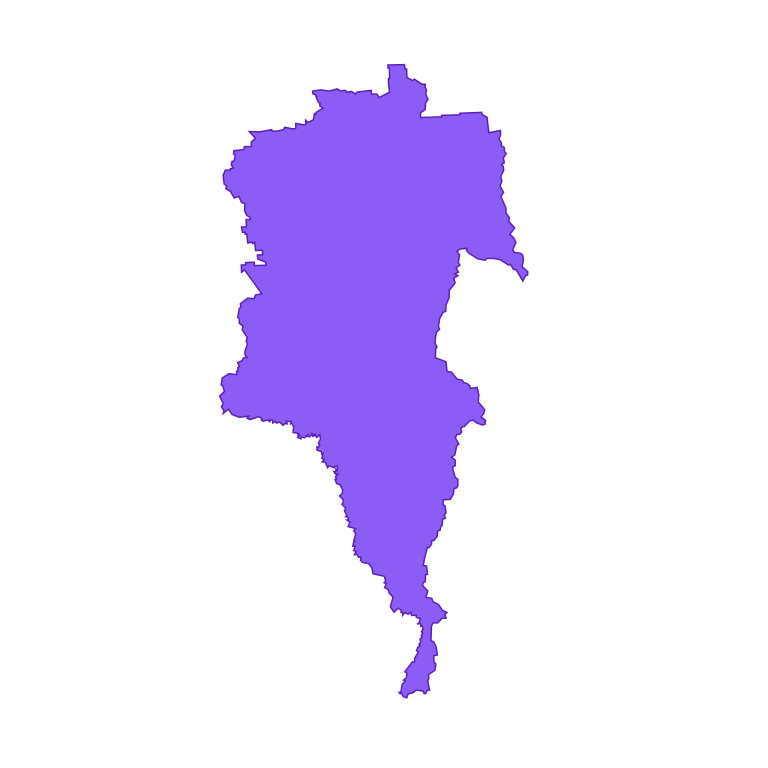 the district of Snowy Valleys, New South Wales, Australia, rotated 349°
{"feature_id": "25037944B29882714445476", "entity_name": "Snowy Valleys", "entity_type": "district", "adm_level": 2, "iso_a3": "AUS", "parent_name": "Australia", "parent_adm1": "New South Wales", "projection": "natural_earth1", "projection_center": [148.158, -35.943], "detail": "fine", "context": "isolated", "style": "filled", "palette": "violet", "viewbox_px": 768, "rotation_deg": 349, "n_neighbors": 0, "source": "geoboundaries", "source_scale": "gbopen_adm2", "svg_char_len": 6138}
<svg xmlns="http://www.w3.org/2000/svg" viewBox="0 0 768 768"><g transform="rotate(349 384 384)"><path d="M269.0,143.8L266.0,148.4L265.2,157.2L267.4,159.4L266.0,162.1L270.0,165.7L272.5,172.8L277.3,172.1L278.8,178.7L281.9,180.4L280.2,187.2L281.3,192.0L284.4,195.2L284.2,197.0L280.0,196.3L278.9,203.5L274.0,202.7L274.1,208.1L276.6,208.5L276.3,210.4L277.9,210.7L277.2,219.5L281.8,219.7L282.0,221.1L284.2,220.1L283.4,228.5L290.2,229.6L289.5,234.0L284.3,233.2L284.1,234.9L284.3,237.6L291.2,241.8L290.7,244.9L279.4,243.0L279.9,239.7L271.3,238.4L270.9,240.7L266.6,240.0L265.5,247.1L268.9,245.4L281.3,272.1L275.0,272.1L272.7,275.5L266.7,273.7L258.3,277.8L258.3,281.1L256.3,282.4L253.1,290.7L254.4,292.4L253.6,296.9L256.7,300.4L255.1,303.7L258.6,312.1L256.9,315.8L257.9,318.1L253.8,325.4L253.1,328.9L254.6,332.0L251.2,331.6L249.0,334.0L244.5,335.0L245.3,339.1L243.6,340.1L243.1,343.4L241.6,343.5L241.3,346.7L233.8,344.3L226.4,347.2L224.0,353.6L225.5,355.3L225.9,361.0L220.3,364.4L222.6,372.9L220.0,375.1L221.8,379.8L220.6,382.2L226.5,379.0L229.0,384.9L235.7,389.0L245.1,389.8L243.2,391.7L246.1,393.4L254.7,392.1L257.5,394.5L256.8,396.0L258.0,397.4L262.8,397.2L264.7,399.1L265.0,397.5L267.8,398.1L267.4,401.0L270.5,400.1L271.0,401.9L274.3,401.5L277.1,405.4L278.8,403.9L281.4,404.7L280.9,402.2L285.8,403.0L284.6,405.3L286.3,405.3L287.1,408.8L285.5,414.3L290.1,415.9L291.4,417.8L289.1,417.6L290.4,418.4L289.0,419.9L292.0,421.9L293.1,420.1L295.5,421.6L299.3,419.5L298.7,420.7L301.1,421.7L303.8,418.7L303.9,421.7L305.5,421.4L305.9,419.3L306.0,420.9L306.7,420.3L307.8,420.3L306.7,420.9L307.7,423.6L311.3,421.4L311.1,425.9L308.3,429.5L309.1,431.7L307.6,433.5L306.2,432.9L305.6,436.1L309.5,438.3L309.6,441.0L311.1,440.4L308.8,445.0L310.8,446.7L308.6,448.5L311.5,449.7L312.6,455.4L314.3,453.9L319.8,456.9L319.8,455.4L322.4,455.7L321.6,459.9L320.6,458.8L319.8,461.0L318.1,460.3L319.3,463.3L321.5,463.7L318.7,465.7L319.0,468.4L317.7,468.6L318.5,472.7L321.6,474.5L323.2,479.6L322.3,483.3L319.0,485.4L321.6,489.4L321.7,491.8L319.8,494.1L322.7,498.5L321.0,500.9L322.4,506.2L321.2,506.9L323.1,507.6L323.1,510.6L321.7,510.5L324.2,513.1L321.6,517.1L328.6,520.5L326.3,522.2L327.6,525.7L324.6,532.0L325.7,533.4L324.4,532.8L322.4,537.3L324.8,537.5L322.6,541.7L324.6,543.1L322.4,545.9L324.9,546.1L325.9,549.1L328.4,549.8L327.3,552.6L328.9,555.1L334.8,557.5L337.0,562.1L337.0,568.2L347.8,572.9L347.9,578.1L346.2,579.1L348.2,580.5L345.7,584.0L348.9,586.6L349.3,590.4L352.2,594.9L347.7,604.0L350.3,609.9L355.3,606.8L357.7,609.4L357.1,611.6L358.8,612.0L358.3,614.5L360.8,612.3L363.7,614.6L366.9,613.4L366.9,616.4L371.5,617.1L371.1,619.2L374.9,621.2L372.6,625.6L370.5,626.1L373.9,625.7L373.9,629.0L375.3,628.6L375.8,631.1L374.1,634.3L373.2,633.7L374.5,636.2L372.6,638.1L373.0,640.1L370.6,641.3L370.8,644.4L368.6,646.3L369.5,647.9L366.9,648.9L365.1,651.9L366.5,653.7L361.9,658.9L360.9,662.8L358.8,662.2L349.5,670.5L351.3,671.9L350.1,676.4L346.6,678.4L348.2,679.5L344.4,682.6L341.7,689.8L340.0,689.6L340.7,691.1L342.0,690.5L343.2,694.5L346.5,696.4L348.4,692.9L354.1,692.5L357.1,690.6L363.8,692.8L364.4,695.7L365.7,695.8L368.3,692.8L370.3,693.2L370.2,684.1L372.1,680.9L372.0,677.8L379.3,674.8L381.5,668.8L380.0,666.3L381.0,660.3L384.7,660.2L385.0,651.7L383.4,646.3L381.1,645.0L384.3,631.1L386.4,627.9L391.2,628.7L396.1,625.1L400.3,625.7L399.8,622.0L402.2,620.2L398.2,617.4L395.3,610.6L390.5,607.1L389.9,603.5L384.4,601.5L387.5,595.5L383.5,589.3L384.4,586.5L386.9,585.9L388.3,579.1L390.3,579.2L391.1,570.8L387.9,569.7L390.3,563.6L395.3,552.8L396.8,553.3L400.0,550.5L401.0,546.8L403.2,547.1L407.3,543.4L408.4,538.6L411.3,538.1L412.4,534.6L414.1,533.9L415.7,527.9L418.6,527.6L418.1,524.2L420.3,522.2L420.7,515.6L419.0,513.2L420.2,509.0L427.1,509.9L431.0,505.4L432.7,500.1L435.5,499.8L437.2,497.7L438.3,491.6L436.1,489.4L435.3,480.7L435.8,478.4L438.4,477.8L439.3,472.2L436.3,468.7L440.0,467.1L443.5,458.7L446.0,457.2L443.8,450.6L445.6,447.6L448.8,447.7L451.2,445.8L450.6,443.2L452.1,441.1L454.9,441.0L461.2,436.5L465.0,436.6L466.8,439.4L472.7,443.0L475.3,442.8L476.7,439.1L472.9,434.7L476.3,432.1L477.9,428.5L473.1,419.6L475.0,412.9L474.7,405.2L467.6,404.7L467.9,402.0L465.4,399.2L462.4,397.9L461.6,395.1L456.7,393.2L452.5,385.2L448.3,383.7L449.1,374.0L439.4,368.1L441.6,359.0L443.1,358.1L441.9,353.8L443.7,347.0L445.8,342.7L449.0,340.9L448.4,338.0L451.3,330.0L455.8,324.9L458.5,324.4L459.7,318.8L464.4,311.5L465.8,304.7L473.1,298.4L472.6,293.4L477.2,291.8L474.3,289.4L478.3,288.4L477.0,283.7L481.2,281.8L480.1,279.0L482.8,271.8L481.0,267.8L483.9,266.0L491.1,266.6L490.5,268.6L492.3,271.8L499.9,279.0L506.7,281.8L509.3,280.3L515.6,281.7L521.9,284.3L529.0,291.0L531.0,290.9L532.9,295.9L535.6,297.3L540.0,309.4L543.5,304.8L545.8,304.4L546.5,301.2L541.9,295.3L544.5,289.0L544.8,284.0L542.5,281.4L537.5,280.0L535.8,277.1L540.5,270.2L539.2,265.3L536.1,261.1L542.1,255.7L537.4,248.3L538.9,244.9L536.4,239.5L537.3,234.5L534.5,222.1L537.9,218.7L535.7,211.8L538.4,207.4L538.1,202.6L542.2,197.1L542.6,193.2L541.3,190.7L544.3,189.9L544.2,185.0L548.0,181.1L546.7,178.9L547.2,174.9L544.5,172.4L545.3,169.5L543.6,165.4L546.0,161.8L546.6,157.3L534.9,157.4L536.0,141.7L531.5,138.1L531.8,136.0L510.1,132.7L509.8,134.3L491.9,131.3L491.6,132.8L470.6,129.3L471.6,124.8L476.8,122.4L478.4,116.1L481.4,113.2L480.3,107.5L481.8,103.4L480.9,100.5L481.8,97.6L478.5,97.0L471.9,90.5L470.0,91.6L465.0,87.5L466.3,79.2L464.8,78.9L465.0,74.4L448.7,71.6L448.3,74.6L449.5,74.8L447.9,85.1L446.7,85.0L445.9,89.1L445.1,98.6L433.8,101.9L432.4,98.0L426.9,97.1L427.5,93.3L413.1,92.3L411.4,94.0L408.0,90.6L403.3,90.5L402.1,88.4L397.1,87.9L394.4,85.4L386.4,86.0L377.9,83.2L369.8,82.8L369.6,85.6L371.7,86.6L373.2,94.6L374.7,96.3L374.0,98.7L376.7,101.6L369.1,104.4L368.9,106.0L367.3,105.4L365.1,111.2L359.4,112.7L357.4,110.1L356.8,114.1L355.0,114.3L347.0,111.4L346.3,116.0L344.0,116.4L335.4,113.1L333.9,115.2L328.6,115.4L322.6,114.6L322.3,112.9L310.3,112.8L300.0,110.5L304.7,118.3L299.8,121.3L299.1,125.6L292.1,124.4L291.9,126.3L290.1,127.1L281.1,126.3L280.2,129.4L281.7,131.3L279.4,136.3L277.2,136.7L275.9,139.8L277.3,143.2L274.2,143.4L273.8,144.8L269.0,143.8Z" fill="#8b5cf6" stroke="#5b21b6" stroke-width="1.5"/></g></svg>